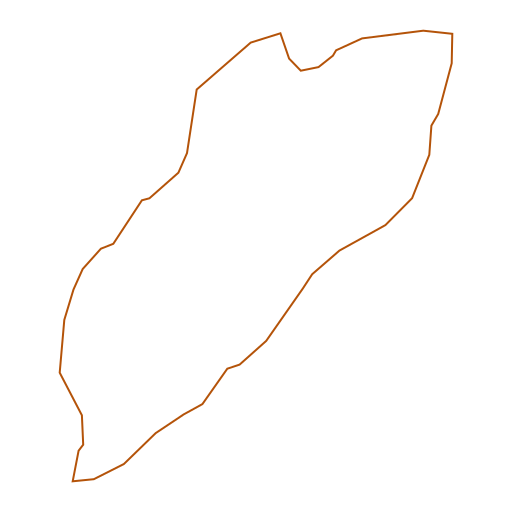 outline of Jocotenango, Sacatepéquez, Guatemala
{"feature_id": "79465075B20964806196125", "entity_name": "Jocotenango", "entity_type": "district", "adm_level": 2, "iso_a3": "GTM", "parent_name": "Guatemala", "parent_adm1": "Sacatepéquez", "projection": "robinson", "projection_center": [-90.734, 14.586], "detail": "fine", "context": "isolated", "style": "outline", "palette": "amber", "viewbox_px": 512, "rotation_deg": 0, "n_neighbors": 0, "source": "geoboundaries", "source_scale": "gbopen_adm2", "svg_char_len": 621}
<svg xmlns="http://www.w3.org/2000/svg" viewBox="0 0 512 512"><path d="M452.3,33.8L423.3,30.7L362.1,38.4L336.1,50.3L332.9,55.7L318.5,67.1L300.8,70.7L289.1,58.6L280.4,33.3L250.7,42.6L196.7,89.5L187.0,153.1L178.4,172.7L149.4,198.3L141.9,200.3L113.3,243.8L100.9,248.7L82.7,269.0L73.5,289.5L64.3,319.9L59.7,372.7L81.9,415.3L83.2,444.7L78.6,450.7L72.7,481.3L93.8,479.2L123.9,464.0L155.7,433.1L183.7,414.4L202.4,404.1L227.3,368.7L239.6,364.6L266.2,340.9L302.7,288.7L312.2,274.2L339.4,250.6L385.4,225.1L412.1,198.2L429.3,154.8L431.4,125.6L438.2,114.0L451.7,63.3L452.3,33.8Z" fill="none" stroke="#b45309" stroke-width="2"/></svg>